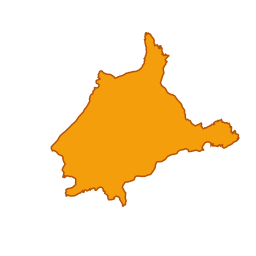 outline of Futuna, Vanuatu, rotated 57°
{"feature_id": "77236927B67175476765241", "entity_name": "Futuna", "entity_type": "district", "adm_level": 2, "iso_a3": "VUT", "parent_name": "Vanuatu", "parent_adm1": "", "projection": "equal_earth", "projection_center": [170.22, -19.529], "detail": "fine", "context": "isolated", "style": "filled", "palette": "amber", "viewbox_px": 256, "rotation_deg": 57, "n_neighbors": 0, "source": "geoboundaries", "source_scale": "gbopen_adm2", "svg_char_len": 5737}
<svg xmlns="http://www.w3.org/2000/svg" viewBox="0 0 256 256"><g transform="rotate(57 128 128)"><path d="M148.4,215.8L149.8,216.1L150.9,216.8L151.5,216.8L151.6,216.3L151.0,215.7L151.1,215.3L151.7,214.7L152.6,214.4L153.7,213.3L155.8,209.6L155.9,207.5L156.2,206.4L156.0,206.0L156.0,205.0L156.4,203.9L156.5,203.0L156.2,201.1L155.8,200.3L156.0,200.2L156.9,200.8L157.8,200.3L157.6,199.5L156.5,198.6L156.5,198.0L157.0,197.3L158.2,196.9L158.6,196.4L158.6,194.9L158.3,193.3L159.2,193.7L159.5,193.6L159.2,192.3L159.3,191.7L159.6,189.8L160.0,189.0L161.2,188.7L161.7,189.3L162.3,189.4L162.8,188.8L162.8,187.6L162.3,186.9L162.2,184.3L162.7,183.3L163.3,182.6L164.1,182.1L165.5,182.1L166.4,182.3L166.8,182.9L167.1,183.0L167.9,182.7L168.3,182.0L169.0,181.9L170.0,183.1L173.5,181.6L174.0,182.2L175.2,182.5L175.8,183.0L177.6,183.3L178.0,182.9L178.4,181.9L179.2,180.8L179.9,178.4L179.7,177.8L178.9,177.8L178.8,177.5L178.6,175.8L178.7,175.2L179.1,174.4L180.0,174.2L180.7,173.3L182.8,173.3L183.4,173.9L183.8,173.9L187.1,173.8L188.7,174.1L190.3,174.9L190.8,174.9L190.9,174.2L190.4,173.6L190.8,172.5L190.7,171.7L189.0,170.5L188.2,169.3L184.9,168.3L183.9,167.3L182.0,166.1L181.4,165.3L178.1,165.6L177.2,165.2L175.0,165.2L174.5,164.9L173.0,162.8L172.7,161.7L172.0,160.3L172.1,159.2L173.3,157.3L174.0,154.2L174.5,153.1L174.6,150.9L172.8,148.4L173.0,146.9L174.8,144.4L176.1,142.9L176.8,141.4L177.5,140.6L178.0,139.0L178.3,136.7L179.0,135.3L179.1,134.7L179.1,133.8L178.2,131.3L176.7,127.9L175.6,126.4L174.4,125.6L172.3,122.8L172.5,121.4L173.0,120.8L174.2,118.6L174.6,117.1L174.5,115.8L174.7,115.0L174.5,113.0L173.6,111.1L173.5,109.8L173.9,106.4L175.6,102.4L175.9,101.3L175.8,100.5L175.3,99.7L175.0,98.9L174.9,96.7L175.3,95.4L176.2,93.6L176.8,90.8L179.0,89.5L180.7,90.0L181.6,88.7L183.8,82.8L186.5,80.8L186.7,80.0L186.6,77.9L187.6,77.0L187.5,76.6L187.3,76.5L185.0,76.5L184.3,76.1L182.4,71.8L182.4,71.0L182.6,70.4L182.8,69.1L183.2,68.3L184.2,67.5L185.9,66.8L187.6,67.7L187.1,66.9L187.2,66.0L187.5,65.3L187.9,65.3L188.6,66.7L189.3,66.7L190.1,64.9L191.5,63.7L191.7,62.9L192.4,62.7L191.8,61.5L191.9,60.3L192.6,60.1L193.4,60.5L193.8,60.2L193.3,59.5L193.5,57.9L195.5,59.2L196.9,58.6L197.3,58.0L197.5,56.5L197.4,53.4L197.9,51.6L197.8,50.2L198.0,49.7L197.4,46.8L198.0,44.4L197.5,41.6L197.2,41.1L197.0,42.3L196.7,42.3L195.7,40.4L194.0,39.2L193.4,39.2L191.2,41.0L190.6,40.9L190.0,39.9L188.6,39.8L188.3,39.9L188.4,40.8L189.3,41.9L189.5,43.3L188.8,42.9L188.2,42.9L187.5,43.7L186.7,42.9L185.7,42.4L184.8,41.4L183.9,40.8L183.1,40.7L182.9,40.9L183.1,41.8L182.8,41.8L181.2,41.0L179.1,40.7L179.0,41.5L178.6,42.0L177.7,42.0L177.3,42.4L176.5,44.1L175.1,44.7L174.5,45.7L171.8,45.0L171.7,46.5L171.3,47.2L171.6,48.1L170.6,48.6L171.1,49.9L170.5,50.2L170.3,50.6L170.3,52.5L170.5,53.3L170.7,53.5L171.9,53.5L172.0,53.9L171.4,54.3L170.5,55.8L170.5,56.2L171.1,56.9L171.2,57.5L170.7,58.0L170.7,59.1L170.4,60.9L170.5,62.2L170.2,63.0L169.7,63.3L169.9,64.7L169.6,65.2L169.3,65.4L167.1,65.4L166.6,65.7L165.8,65.2L165.2,64.3L163.8,63.9L163.6,64.3L163.7,65.8L163.1,68.6L163.1,69.8L162.8,70.3L161.9,70.9L159.1,72.1L155.7,71.9L154.6,72.9L153.5,73.1L153.2,73.3L153.1,74.2L152.4,74.6L150.3,74.2L148.4,72.8L145.3,72.1L144.7,71.3L144.0,70.9L141.8,70.9L139.9,71.1L138.2,70.4L136.0,70.3L131.6,71.2L126.1,71.4L125.0,72.3L124.1,72.7L123.4,73.6L122.7,74.1L120.8,75.1L119.5,75.5L118.3,75.6L117.1,75.2L115.3,75.2L113.3,75.7L112.0,76.4L110.4,76.6L107.9,76.3L102.6,70.0L101.6,68.1L97.0,66.0L96.3,64.3L95.5,63.3L95.3,61.9L94.3,61.1L94.0,59.8L93.6,59.2L92.9,59.2L92.3,60.0L91.9,59.9L91.5,59.5L90.8,59.4L90.5,58.9L90.2,56.7L89.8,56.1L89.7,54.5L89.2,54.5L88.9,55.3L87.8,55.8L87.6,56.7L86.6,56.4L86.6,56.9L87.0,57.6L87.0,58.1L86.5,58.6L85.3,58.3L85.0,59.2L84.6,59.2L84.3,58.9L84.1,58.0L82.0,57.7L79.7,56.1L79.1,56.1L78.5,56.5L78.4,56.9L78.7,57.6L78.5,58.5L77.9,58.7L77.6,58.2L77.6,56.1L77.4,55.8L76.8,55.9L76.6,56.3L76.4,57.5L76.5,58.4L74.2,58.2L74.0,59.3L73.6,59.9L73.3,60.7L72.1,59.9L70.4,59.9L69.9,59.2L69.2,58.6L67.4,58.0L63.3,58.4L62.2,58.2L60.9,58.5L60.2,59.3L59.3,59.4L59.3,60.5L59.8,61.2L59.7,61.5L58.4,60.7L58.0,60.8L58.0,61.6L58.4,62.2L59.7,62.9L60.5,64.0L63.1,64.9L63.3,65.3L62.8,65.8L62.9,66.1L64.1,66.3L65.8,67.1L66.5,67.6L67.8,67.9L68.9,68.5L70.6,68.7L72.2,70.1L74.1,70.8L76.2,72.8L77.2,74.3L78.0,75.0L78.7,76.8L80.1,76.7L81.2,78.2L82.2,78.8L83.0,79.9L83.4,81.6L84.1,82.2L84.6,83.0L85.4,86.8L84.9,90.4L83.7,92.5L83.5,93.4L83.0,94.2L82.7,96.0L81.9,97.1L81.7,98.8L81.1,99.6L81.2,101.6L80.9,104.5L80.0,107.1L79.4,111.3L79.1,111.8L77.6,111.8L74.2,113.2L72.8,114.4L71.7,116.1L69.7,117.7L68.1,118.5L65.7,119.0L65.2,120.3L65.3,120.9L66.4,122.6L66.7,123.3L67.3,124.0L68.9,124.5L69.2,125.4L69.4,125.6L70.3,125.3L71.0,124.6L71.6,124.7L71.8,125.0L71.0,127.9L71.1,128.9L71.5,129.4L73.3,130.1L75.1,128.9L76.0,128.8L76.8,129.3L77.5,130.5L77.6,131.5L77.3,132.6L76.3,133.4L76.0,134.0L76.2,134.4L77.7,135.0L78.0,137.1L79.9,138.8L80.1,139.8L79.8,140.2L79.9,140.8L81.2,143.1L83.1,144.8L84.3,145.0L85.3,146.5L86.0,148.0L87.0,149.5L88.2,152.6L88.6,154.2L90.1,156.6L91.9,163.3L93.7,167.6L94.2,169.5L94.8,173.8L95.2,174.9L96.7,182.5L97.0,185.4L97.4,188.1L97.7,188.9L97.7,189.5L100.0,193.9L101.6,200.9L102.3,202.8L103.5,203.5L106.0,203.9L106.5,202.5L107.1,202.0L109.0,201.1L112.4,200.6L115.3,198.6L116.6,198.3L118.4,199.4L121.7,200.3L123.4,200.1L124.0,200.4L125.9,204.2L127.0,205.7L127.8,206.1L130.4,205.8L131.6,207.1L132.4,207.4L133.0,208.8L133.6,209.3L133.9,209.1L133.3,207.2L133.6,207.1L133.9,207.4L134.3,208.4L134.8,208.5L135.0,207.1L134.7,206.4L134.8,205.4L135.3,204.7L137.4,202.9L137.8,201.7L141.7,199.7L142.4,199.7L144.7,201.1L145.5,201.9L146.8,202.5L147.1,203.1L147.6,207.4L147.3,207.9L147.0,209.5L146.1,211.2L145.9,213.4L146.4,214.0L147.8,214.4L148.4,215.8Z" fill="#f59e0b" stroke="#b45309" stroke-width="1.5"/></g></svg>